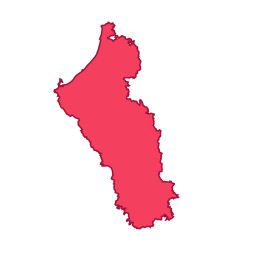 the district of Emilia-Romagna, Bologna, Italy, rotated 235°
{"feature_id": "23120603B93883326437068", "entity_name": "Emilia-Romagna", "entity_type": "district", "adm_level": 2, "iso_a3": "ITA", "parent_name": "Italy", "parent_adm1": "Bologna", "projection": "mercator", "projection_center": [11.577, 44.436], "detail": "fine", "context": "isolated", "style": "filled", "palette": "rose", "viewbox_px": 256, "rotation_deg": 235, "n_neighbors": 0, "source": "geoboundaries", "source_scale": "gbopen_adm2", "svg_char_len": 5784}
<svg xmlns="http://www.w3.org/2000/svg" viewBox="0 0 256 256"><g transform="rotate(235 128 128)"><path d="M29.2,114.4L31.6,113.9L32.2,114.7L31.6,115.5L33.1,115.8L33.7,115.7L33.9,114.9L34.6,114.9L35.1,115.8L35.4,115.6L37.0,117.2L38.0,116.7L39.2,117.3L39.6,116.2L40.3,116.2L40.5,115.4L41.4,116.1L41.5,117.5L42.4,118.1L43.1,117.6L43.2,118.6L44.1,118.1L45.2,118.7L45.1,119.7L46.0,121.0L45.5,123.3L45.6,124.6L44.0,124.7L44.2,125.8L43.6,126.6L43.4,127.8L42.4,128.8L42.3,129.7L44.1,129.2L44.6,130.4L45.4,129.2L48.6,128.9L48.9,128.0L50.0,128.4L50.4,129.0L51.4,128.2L53.3,130.0L54.4,130.2L55.4,133.7L55.9,134.0L57.8,132.4L59.3,132.6L59.3,131.9L60.3,131.9L59.9,131.3L60.0,130.6L63.4,127.0L63.6,125.9L68.0,125.4L72.0,126.1L72.3,127.4L73.4,127.4L73.8,128.2L74.0,128.8L73.0,130.8L74.1,131.9L76.8,133.3L79.1,135.3L81.6,134.7L84.2,137.8L84.8,137.9L85.2,138.7L86.2,138.9L87.7,141.3L90.1,140.0L90.7,140.1L92.7,141.3L94.5,141.2L97.6,144.6L99.5,144.2L100.6,144.9L101.1,145.4L100.6,146.3L102.4,148.0L102.8,148.7L102.5,149.2L102.8,150.1L105.8,152.0L106.6,153.2L108.4,152.8L108.2,151.3L109.5,149.8L110.7,150.4L112.2,150.0L115.6,150.2L116.7,151.7L118.0,152.3L118.4,153.0L120.6,153.7L120.9,154.6L122.4,154.4L123.3,155.0L124.0,156.0L123.7,157.1L124.3,157.3L126.8,155.3L128.0,152.6L129.7,151.4L130.1,151.5L130.1,152.5L129.6,152.8L129.4,153.6L130.6,154.6L132.0,154.8L132.0,155.2L134.3,155.2L136.4,153.7L138.2,153.5L141.0,154.5L143.1,154.6L143.3,154.1L144.0,154.1L143.8,153.2L141.6,152.3L140.2,151.1L140.2,150.4L141.2,150.5L142.6,149.9L144.9,150.3L145.9,149.2L145.8,148.8L147.3,148.1L147.7,146.7L148.4,146.2L150.4,146.7L151.3,145.1L152.7,143.6L154.4,145.0L154.6,145.8L154.1,146.5L154.8,147.6L155.3,147.2L155.4,147.8L156.2,147.9L156.6,148.2L156.2,148.5L157.3,149.6L159.6,150.4L160.1,149.4L160.7,149.2L161.2,149.7L163.6,149.9L163.6,151.1L162.9,151.4L162.8,152.5L162.0,152.6L161.9,153.5L163.4,152.9L165.0,153.6L165.4,154.5L166.9,153.3L167.1,152.6L168.5,152.9L170.7,152.4L171.2,152.8L170.3,155.4L168.1,158.1L168.0,159.4L167.3,160.5L165.9,160.8L166.3,161.7L165.4,161.8L165.7,162.2L165.2,163.0L165.7,164.1L167.8,165.5L167.4,167.2L169.3,168.2L168.8,171.7L170.1,172.8L173.1,174.0L174.9,176.4L176.2,177.0L177.6,176.3L178.6,177.0L180.0,176.6L180.4,178.1L182.1,178.4L182.4,179.5L184.2,180.6L185.3,180.2L187.3,181.2L187.9,181.0L188.9,182.2L191.0,181.2L192.9,181.3L194.1,180.5L194.6,181.7L195.9,182.9L196.6,180.9L197.7,180.8L198.7,181.4L199.2,181.2L198.9,181.0L199.2,180.7L200.8,180.3L201.1,178.6L200.7,178.5L200.9,178.0L202.6,177.2L204.5,177.7L205.4,176.6L206.6,176.4L207.2,175.6L206.8,174.2L207.3,172.0L209.8,172.2L210.9,170.6L209.7,169.4L208.3,170.0L207.7,169.7L207.7,168.2L208.1,167.5L207.5,166.5L207.5,165.6L209.3,165.5L213.2,162.8L213.7,163.4L213.2,164.4L213.7,166.7L212.4,168.5L212.2,171.2L212.8,172.0L213.8,171.4L215.2,172.7L216.3,172.2L216.5,171.3L217.8,171.0L217.8,172.6L218.5,172.7L218.7,174.1L219.5,174.2L219.0,174.8L219.2,175.5L219.7,176.0L221.7,175.5L222.5,175.8L223.0,175.4L222.8,174.6L223.0,173.6L225.3,172.9L225.9,172.2L225.2,171.4L225.9,170.2L225.5,168.0L227.1,165.1L226.8,164.4L225.0,164.3L223.3,163.2L219.4,159.3L217.1,155.8L216.2,156.3L214.1,154.4L208.8,148.2L207.5,146.0L206.9,145.7L205.2,142.0L203.2,134.7L202.6,130.8L201.1,126.2L200.9,124.4L202.5,123.7L201.2,124.2L201.1,123.5L202.5,123.5L200.9,123.5L200.7,122.9L200.7,115.8L200.0,113.2L198.9,110.7L198.4,107.2L198.8,102.7L200.9,98.5L199.8,99.5L200.4,98.4L199.6,98.8L199.3,98.6L200.9,96.6L202.7,96.4L205.8,100.4L206.6,100.6L205.9,101.0L204.8,100.7L203.2,100.1L204.5,100.7L204.3,100.9L202.5,100.4L202.9,100.7L205.9,101.1L207.2,100.4L204.8,98.6L204.0,95.9L201.4,95.1L200.9,94.1L200.7,91.2L201.4,89.8L200.4,88.5L199.6,89.0L199.3,88.6L199.1,89.2L198.3,89.2L197.5,90.1L195.4,89.9L194.5,88.6L193.8,89.6L192.9,89.8L192.1,89.4L191.5,87.4L190.5,87.0L190.4,86.3L189.8,86.7L189.4,86.2L188.4,86.5L187.6,85.9L182.9,85.1L180.8,86.1L174.2,85.9L172.9,86.9L170.8,87.4L170.5,88.1L170.8,89.2L170.2,89.8L166.7,90.8L163.7,92.9L162.4,92.7L161.8,90.8L158.9,89.1L153.2,89.7L152.9,89.1L153.0,87.9L151.7,88.2L151.5,87.6L150.3,87.4L149.2,88.0L147.5,87.1L145.1,87.5L144.5,88.9L143.0,87.9L142.6,88.4L140.4,89.0L138.2,88.8L137.8,89.3L135.9,87.7L133.4,87.0L132.6,88.1L129.2,87.6L127.5,89.2L126.5,89.3L126.0,90.2L124.7,90.0L123.2,91.0L123.6,90.2L122.4,90.6L121.8,90.1L121.8,89.6L120.8,90.0L120.1,89.1L118.5,89.2L118.2,88.6L115.0,88.1L115.3,87.0L114.9,85.6L114.1,84.7L113.3,85.2L113.2,86.2L112.3,87.1L111.9,86.8L112.4,86.1L111.8,85.1L110.5,86.7L108.6,90.1L105.2,91.3L102.6,91.0L98.0,88.6L96.3,85.4L95.4,85.4L93.4,86.7L90.8,85.1L90.6,84.2L88.9,84.2L87.8,82.7L85.4,81.4L84.0,81.9L82.6,80.6L79.5,82.3L78.8,82.2L78.2,80.3L76.4,80.8L76.2,79.4L74.8,78.1L75.2,76.5L72.8,73.6L72.0,73.6L70.0,75.9L69.1,76.2L68.8,75.8L69.5,74.2L69.3,73.4L68.8,73.1L67.0,74.1L66.8,75.1L68.1,76.6L67.8,77.7L67.0,78.2L65.9,76.7L64.6,76.5L64.2,77.5L64.3,79.2L63.8,79.9L63.4,79.8L63.2,77.9L61.3,77.1L60.1,75.2L59.4,75.3L59.9,77.2L59.7,78.0L57.7,79.5L55.5,77.9L53.3,77.5L53.1,77.0L53.6,74.9L53.0,73.7L52.4,73.6L52.0,75.3L50.6,76.2L50.5,75.8L49.7,75.8L48.9,74.0L48.3,73.6L47.7,74.5L48.6,76.8L47.6,77.9L45.7,75.9L42.4,76.7L42.2,77.6L40.8,77.6L40.9,78.2L40.2,78.3L38.6,80.1L38.9,80.9L38.5,82.2L38.8,82.5L38.3,83.9L37.2,84.3L36.6,86.1L36.7,86.8L36.0,87.5L35.8,88.5L35.0,89.3L33.8,89.3L34.4,90.3L33.4,92.3L34.2,92.7L34.0,93.3L34.4,93.5L35.8,93.5L36.3,94.3L36.9,94.2L37.3,96.7L38.1,98.1L37.6,98.9L35.8,99.8L35.5,101.1L33.8,102.4L34.0,103.2L36.4,104.9L35.1,107.2L36.0,108.4L34.8,108.6L34.5,109.2L32.8,108.8L32.4,109.2L32.0,108.0L31.0,106.4L30.8,107.5L31.4,108.7L29.0,108.8L29.4,110.8L28.9,111.6L29.2,114.4ZM194.7,177.0L197.1,177.4L197.8,177.0L198.6,178.8L196.9,178.9L196.1,179.9L195.4,179.6L194.5,178.1L194.7,177.0ZM34.2,107.2L34.1,107.6L34.8,107.4L34.2,107.2Z" fill="#f43f5e" stroke="#9f1239" stroke-width="1.5"/></g></svg>